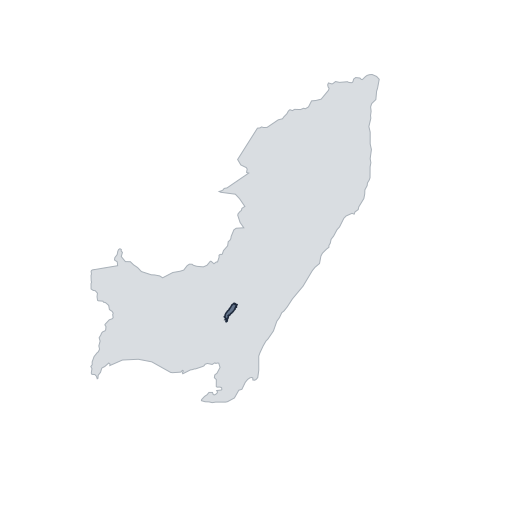 Huallaga, San Martín, Peru shown in context, rotated 235°
{"feature_id": "86281439B12799779720524", "entity_name": "Huallaga", "entity_type": "district", "adm_level": 2, "iso_a3": "PER", "parent_name": "Peru", "parent_adm1": "San Martín", "projection": "equal_earth", "projection_center": [-76.922, -6.751], "detail": "fine", "context": "in_parent", "style": "filled", "palette": "slate", "viewbox_px": 512, "rotation_deg": 235, "n_neighbors": 0, "source": "geoboundaries", "source_scale": "gbopen_adm2", "svg_char_len": 6666}
<svg xmlns="http://www.w3.org/2000/svg" viewBox="0 0 512 512"><g transform="rotate(235 256 256)"><path d="M340.1,147.2L340.0,148.7L338.6,149.4L337.4,148.4L335.6,148.7L332.8,145.3L326.3,145.8L323.4,149.8L319.1,150.6L314.4,152.4L309.0,153.2L300.6,159.5L298.7,162.0L294.9,165.7L291.7,167.0L290.2,178.4L287.1,185.0L285.9,188.7L287.6,194.1L287.5,196.8L285.8,199.0L284.4,199.3L281.5,201.6L277.3,206.6L276.5,210.5L277.9,215.6L277.4,216.2L273.8,217.1L273.9,220.0L273.2,221.1L276.2,225.1L277.8,226.1L277.9,227.1L277.6,228.1L277.0,228.6L276.9,229.5L279.1,232.5L280.6,238.6L283.7,241.5L283.8,243.5L284.7,245.4L286.3,246.9L290.1,252.9L290.1,255.7L286.1,262.2L292.6,262.2L299.8,264.4L300.8,265.4L301.6,268.3L301.7,270.2L303.1,271.8L303.0,275.3L312.4,275.4L318.5,274.5L328.4,263.7L330.0,262.8L329.2,265.1L329.0,266.8L329.6,268.7L328.4,271.3L328.1,297.6L329.9,296.2L332.2,298.6L333.9,298.8L339.3,295.8L345.6,296.3L359.9,330.5L358.6,332.8L358.6,334.5L356.8,336.0L355.0,338.8L354.8,352.3L353.2,356.4L354.0,358.6L354.8,362.9L356.1,365.5L356.4,367.1L356.3,367.8L354.2,369.2L354.0,371.7L350.4,376.5L349.7,379.8L348.3,380.8L348.0,384.5L351.2,390.5L349.1,394.1L347.1,399.3L350.2,410.5L351.5,412.1L353.0,412.0L355.1,412.9L356.2,414.6L353.6,416.7L353.1,417.6L353.3,421.2L350.3,424.0L346.3,430.9L345.3,431.3L343.3,433.4L342.9,434.4L343.2,435.4L344.9,437.5L345.0,440.0L342.2,443.2L340.2,443.5L339.5,444.3L340.2,448.6L340.2,450.6L339.5,452.8L338.1,455.2L333.9,457.8L330.1,458.3L323.8,451.9L321.8,449.3L315.4,443.9L314.5,438.2L312.4,435.4L308.5,433.3L305.4,430.4L303.0,429.1L297.3,422.7L292.0,420.6L282.3,413.8L277.0,411.6L270.2,405.3L266.5,403.6L263.6,400.6L254.7,394.3L253.3,392.3L251.9,389.2L249.9,387.4L247.7,383.1L244.4,380.6L241.2,377.3L237.3,368.4L235.4,366.3L235.3,362.3L234.0,360.4L235.9,359.1L237.1,352.8L236.5,349.6L231.9,341.1L231.1,337.5L227.8,331.0L226.6,327.1L223.9,324.2L222.8,321.8L221.3,320.7L221.2,317.7L220.2,312.0L218.7,309.1L213.4,303.7L212.9,297.8L211.7,293.7L204.3,277.2L200.0,261.3L196.4,252.4L194.9,247.3L194.8,244.6L192.1,239.9L190.6,235.6L184.6,227.3L181.1,218.0L180.6,215.3L178.2,210.2L174.4,203.6L172.5,200.9L160.9,192.8L155.4,187.7L154.8,185.2L155.0,183.7L156.2,182.3L157.9,183.4L158.9,182.9L159.7,181.1L159.7,178.4L158.7,174.8L154.9,168.0L155.9,164.9L152.1,156.9L153.0,149.1L153.8,147.2L159.4,139.3L161.0,136.0L163.4,133.9L165.8,130.7L168.8,128.3L169.6,129.1L170.5,133.4L170.4,136.2L171.2,139.2L169.2,142.1L167.0,141.5L166.1,142.2L165.8,143.5L166.1,145.7L166.7,146.5L168.4,146.6L166.1,150.7L166.3,151.5L167.9,152.3L169.3,151.3L170.9,148.9L171.9,148.6L177.5,152.6L180.2,152.1L182.2,154.0L182.4,156.9L185.3,162.6L189.5,164.0L190.2,163.5L191.1,161.4L192.1,161.1L192.3,157.9L195.9,154.5L196.5,152.2L195.9,150.5L196.0,149.2L198.2,141.7L198.8,140.9L199.5,138.5L200.3,137.0L201.5,128.5L202.5,128.6L203.5,130.6L204.6,130.1L204.0,128.2L204.2,127.5L208.3,120.7L209.6,119.3L229.1,109.9L238.9,100.4L247.4,86.9L250.1,73.4L251.1,74.4L252.8,74.0L252.2,68.6L252.6,66.0L252.5,65.2L249.9,61.9L248.8,58.3L246.4,56.3L246.5,55.5L249.0,56.3L251.3,56.0L253.2,53.7L254.6,53.9L257.8,57.0L260.2,57.3L260.9,59.5L263.2,61.0L266.5,65.7L268.0,70.8L267.9,71.8L269.4,74.4L272.5,75.7L275.7,79.5L279.0,80.6L280.5,84.0L281.4,85.1L281.8,87.1L281.3,89.3L281.8,90.6L284.2,92.6L286.3,92.7L286.7,93.6L287.9,99.2L287.1,102.0L287.4,103.6L290.2,105.0L291.0,106.2L293.1,106.4L296.2,105.2L300.0,107.0L302.9,106.3L304.3,105.9L305.6,104.6L306.8,104.7L309.8,101.1L310.6,100.8L313.8,102.4L316.5,104.8L319.8,104.4L321.2,102.9L323.6,102.0L328.0,105.0L328.9,106.4L330.1,106.7L334.7,109.7L335.6,110.9L338.0,112.1L338.5,113.0L338.4,114.1L327.4,137.1L330.8,139.0L333.9,137.8L335.6,139.4L336.8,143.1L339.2,145.6L340.1,147.2Z" fill="#d9dde1" stroke="#a8b0b8" stroke-width="1"/><path d="M228.2,204.3L228.2,204.2L228.0,203.8L227.9,203.7L227.7,203.5L227.6,203.4L227.6,203.2L227.5,202.9L227.4,202.9L227.4,202.7L227.3,202.4L227.3,202.2L227.3,201.9L227.3,201.6L227.2,201.4L227.2,201.2L227.2,200.9L227.0,200.7L226.9,200.5L226.9,200.4L226.9,200.2L226.8,199.9L226.7,199.8L226.7,199.7L226.6,199.4L226.6,199.2L226.5,198.9L226.4,198.7L226.2,198.3L226.2,198.2L225.9,197.7L225.8,197.4L225.7,197.4L225.6,197.2L225.4,197.1L225.2,197.0L224.8,196.4L224.7,196.2L224.6,195.7L224.6,195.4L224.4,195.1L224.1,195.1L224.0,195.3L224.0,195.5L223.9,195.6L223.6,195.7L223.2,195.5L223.1,195.4L223.0,195.5L222.9,195.6L222.7,195.5L222.5,195.3L222.3,195.2L222.2,195.1L222.0,195.3L221.9,195.4L221.8,195.2L221.7,195.1L221.7,194.9L221.6,194.7L221.4,194.5L221.4,194.4L221.3,194.5L221.1,194.7L221.1,194.8L221.0,195.0L220.9,195.0L220.9,194.9L220.6,195.0L220.5,194.9L220.3,194.8L220.1,195.0L220.1,194.8L220.0,194.7L219.9,194.6L219.9,194.4L219.8,194.0L219.7,194.0L219.5,193.9L219.4,193.8L219.2,193.8L219.1,194.0L219.2,194.6L219.1,194.8L219.2,195.0L219.3,195.0L219.6,195.1L219.8,195.3L219.8,195.5L220.0,195.6L220.1,195.8L220.3,195.8L220.5,195.8L220.5,196.0L220.8,196.3L220.9,196.5L220.9,197.0L221.0,197.1L221.1,197.3L221.2,197.5L221.3,197.7L221.5,197.6L221.8,197.8L221.9,198.1L222.0,198.2L222.1,198.3L222.2,198.6L222.4,198.7L222.5,198.8L222.8,199.1L223.0,199.0L223.0,199.3L222.9,199.5L223.0,199.7L222.9,199.7L222.8,199.8L222.7,199.8L222.7,200.1L222.7,200.3L222.6,200.5L222.8,200.8L222.8,201.0L222.9,201.3L223.1,201.4L223.1,201.5L223.2,201.9L223.2,202.0L223.3,202.1L223.4,202.3L223.2,202.5L223.2,202.9L223.2,203.2L223.3,203.3L223.3,203.5L223.3,203.9L223.5,204.1L223.6,204.4L223.6,204.6L223.6,204.8L223.5,205.1L223.7,205.4L223.7,205.5L223.8,205.6L223.8,205.8L223.9,206.0L223.9,206.3L224.0,206.5L224.2,207.0L224.3,207.1L224.3,207.3L224.4,207.7L224.4,208.0L224.5,208.5L224.8,208.7L225.0,208.8L225.2,208.7L225.3,208.7L225.3,208.8L225.4,209.0L225.5,209.4L225.5,209.5L225.5,209.8L225.4,209.9L225.4,210.1L225.4,210.3L225.3,210.6L225.5,210.7L225.6,210.8L225.7,210.7L225.8,210.6L226.1,210.2L226.2,210.3L226.3,210.4L226.3,210.6L226.3,210.8L226.4,211.0L226.5,211.2L226.5,211.3L226.6,211.6L226.7,211.8L226.7,212.0L226.8,212.1L226.8,212.3L226.9,212.5L227.0,212.6L227.2,212.4L227.3,212.4L227.3,212.2L227.3,211.8L227.4,211.7L227.5,211.6L227.8,211.6L227.9,211.4L228.0,211.4L228.1,211.2L228.3,211.0L228.5,210.9L228.7,211.0L228.8,211.0L228.9,210.9L229.0,210.8L229.0,210.7L229.1,210.9L229.2,211.1L229.2,211.4L229.2,211.5L229.4,211.4L229.5,211.2L229.8,211.0L229.9,210.9L229.9,210.7L229.8,210.4L229.9,210.2L229.9,210.3L229.9,210.1L229.8,209.9L229.8,209.7L229.7,209.4L229.6,209.2L229.5,208.9L229.7,208.7L229.8,208.5L229.8,208.4L229.7,208.0L229.6,207.9L229.5,207.7L229.4,207.5L229.2,207.2L229.1,206.9L229.0,206.7L228.9,206.5L228.7,206.2L228.6,205.9L228.4,205.4L228.3,205.1L228.3,204.9L228.2,204.5L228.1,204.4L228.2,204.3Z" fill="#64748b" stroke="#1e293b" stroke-width="1.5"/></g></svg>